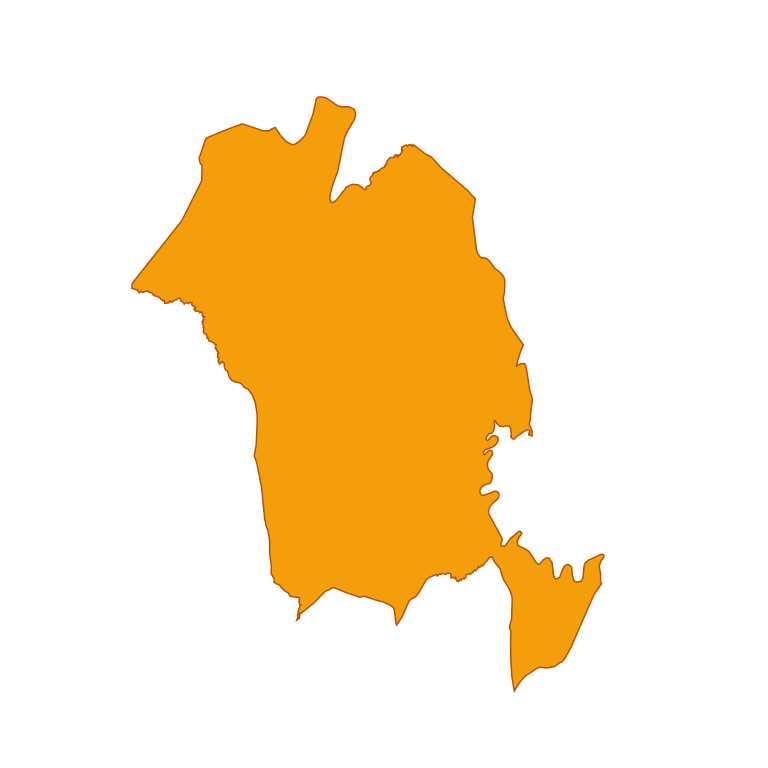 Rasi Salai, Si Sa Ket, Thailand, rotated 199°
{"feature_id": "78962969B91531031914262", "entity_name": "Rasi Salai", "entity_type": "district", "adm_level": 2, "iso_a3": "THA", "parent_name": "Thailand", "parent_adm1": "Si Sa Ket", "projection": "equal_earth", "projection_center": [104.176, 15.349], "detail": "fine", "context": "isolated", "style": "filled", "palette": "amber", "viewbox_px": 768, "rotation_deg": 199, "n_neighbors": 0, "source": "geoboundaries", "source_scale": "gbopen_adm2", "svg_char_len": 6171}
<svg xmlns="http://www.w3.org/2000/svg" viewBox="0 0 768 768"><g transform="rotate(199 384 384)"><path d="M303.5,521.3L305.3,523.9L307.1,525.3L311.0,527.4L316.8,529.4L325.3,535.1L328.9,536.3L332.5,535.0L333.9,535.1L338.5,538.4L340.1,540.7L354.6,570.2L357.8,588.5L358.7,589.3L363.9,591.7L367.1,593.9L400.0,606.9L412.9,613.9L421.3,615.4L433.7,619.8L434.8,617.8L435.4,618.2L435.8,619.3L436.5,618.5L437.2,618.8L438.2,617.8L438.5,618.1L439.3,616.6L440.0,617.2L441.4,616.9L444.2,613.8L443.4,610.8L442.7,611.4L442.3,611.1L443.6,605.6L444.6,605.6L444.8,603.9L445.5,603.0L446.0,603.3L445.9,604.8L447.6,604.5L448.4,602.8L448.1,601.5L451.4,600.4L452.5,599.1L453.6,596.0L453.7,593.4L453.3,592.2L454.4,590.8L453.9,590.1L454.1,589.1L456.3,587.4L457.9,584.6L458.0,583.5L459.1,583.7L460.2,581.5L461.6,581.6L462.0,580.1L462.9,580.1L462.8,577.8L464.0,575.3L464.1,573.4L463.6,572.0L461.7,570.4L461.5,569.2L462.2,567.4L464.9,564.8L464.6,562.0L465.5,561.5L472.7,563.9L478.2,562.8L479.8,561.8L484.2,557.3L484.2,555.2L485.5,552.7L487.7,545.3L489.9,540.7L491.8,538.8L493.6,538.6L495.8,541.9L496.7,546.8L497.3,555.4L497.0,569.9L501.4,602.6L501.0,610.7L498.0,625.2L498.6,629.8L500.7,633.0L502.3,634.2L507.8,634.6L514.6,632.3L518.7,632.0L531.4,635.6L536.6,635.1L539.9,633.7L540.8,631.6L539.0,616.0L539.5,593.3L542.9,586.2L546.4,581.6L549.4,580.3L555.1,581.3L562.0,584.8L570.4,591.1L573.5,588.3L574.8,586.3L580.5,584.0L602.7,583.8L616.2,572.8L631.1,559.6L632.4,557.6L632.3,537.5L630.4,533.8L626.9,530.8L622.5,516.7L628.3,472.7L654.3,398.7L654.7,396.3L653.5,392.4L647.5,392.5L645.3,390.6L644.7,390.8L644.0,392.6L642.2,391.9L639.1,394.4L637.2,395.0L636.5,394.2L632.9,394.4L631.2,393.0L630.1,393.2L629.3,392.6L627.0,393.1L624.9,392.7L620.5,390.7L618.9,391.4L617.7,388.8L613.7,390.8L613.9,392.8L610.8,392.3L609.4,395.0L607.4,396.2L606.8,397.7L605.3,398.7L603.5,397.6L603.1,396.3L601.5,396.3L598.8,394.4L598.3,395.6L596.7,397.0L594.7,396.3L594.4,397.7L592.0,398.3L591.7,396.3L589.9,395.6L589.1,396.1L588.4,395.1L587.1,395.1L587.0,393.8L587.9,393.6L588.0,392.9L586.0,391.5L582.9,392.5L581.4,391.4L580.1,392.8L578.2,391.0L578.2,390.0L577.6,389.8L577.4,388.6L575.6,389.1L576.1,387.1L575.6,386.3L576.1,385.5L575.5,384.9L576.3,383.7L575.0,382.8L575.3,381.9L574.1,380.9L573.4,379.7L573.5,378.8L572.5,378.2L572.5,376.6L571.3,373.6L568.3,373.2L566.0,369.7L565.2,370.0L563.1,367.4L561.7,368.0L558.3,367.4L557.6,366.5L555.6,366.8L555.3,363.1L554.3,362.3L553.8,362.8L552.7,360.9L550.3,359.6L551.2,358.5L550.0,356.1L550.0,354.9L548.5,354.8L548.7,352.5L547.7,350.9L546.4,350.2L546.1,349.3L544.2,352.4L543.5,351.9L542.7,352.2L541.7,351.1L540.3,347.7L538.1,345.5L536.4,345.4L532.8,340.6L530.4,338.5L526.6,337.4L520.7,338.1L519.0,337.8L514.6,335.1L511.1,335.0L505.0,330.9L499.6,324.3L494.4,314.7L491.5,306.8L485.0,284.7L483.3,273.7L479.6,269.3L476.2,263.9L465.6,245.4L452.7,217.2L449.2,211.4L445.8,207.3L440.7,197.7L437.2,187.3L431.2,175.1L429.0,168.0L424.8,164.3L423.9,163.1L423.5,160.6L416.6,159.5L414.4,157.8L410.6,156.2L406.5,155.2L403.5,152.7L394.4,154.4L393.4,151.3L393.5,149.9L392.8,149.7L392.1,148.3L390.8,148.2L391.3,146.9L391.1,140.7L389.3,139.8L389.5,138.8L390.6,138.7L390.2,136.7L389.5,136.1L389.6,132.4L387.7,135.0L388.5,139.0L378.8,154.4L372.2,168.4L365.4,175.3L351.5,174.4L337.2,174.6L333.8,176.9L318.3,177.1L313.5,177.8L305.1,176.6L302.2,175.4L300.6,173.5L294.5,161.1L293.6,160.2L291.2,168.8L289.6,187.1L287.7,190.3L285.1,192.6L282.9,198.9L280.4,212.5L278.2,215.9L272.6,220.9L272.1,221.0L271.3,219.8L269.2,222.7L267.9,222.8L266.8,223.9L263.7,224.1L262.5,225.7L260.2,226.6L258.8,225.8L257.4,222.4L255.7,223.8L254.9,223.4L254.0,224.5L253.0,224.0L253.1,222.9L252.0,223.0L250.6,221.3L249.8,222.0L249.1,221.5L248.3,223.9L247.1,223.5L247.0,225.2L245.6,226.0L244.9,225.6L244.4,227.2L243.5,227.4L244.4,230.4L242.2,231.7L241.8,232.6L240.3,232.3L239.8,233.7L238.7,234.4L238.0,237.4L236.6,237.1L235.4,240.0L235.5,240.7L234.9,241.1L235.1,242.2L233.8,242.0L233.2,242.4L232.5,244.6L231.5,244.3L230.7,245.7L230.5,247.7L229.0,250.1L228.0,254.3L225.4,255.9L221.4,251.5L214.2,247.2L207.7,238.3L199.0,231.1L195.1,226.6L193.0,223.1L186.9,203.5L186.3,195.5L185.0,193.1L183.3,191.3L181.1,183.5L174.3,164.5L167.9,149.1L160.9,136.2L159.0,144.5L157.1,150.0L154.9,154.5L146.8,165.0L144.4,167.1L137.7,168.4L131.4,172.0L130.0,173.3L127.2,177.6L125.3,179.3L124.0,182.1L121.5,195.2L116.9,253.3L113.3,265.9L115.1,268.0L117.3,274.9L120.8,280.9L121.3,282.9L121.2,287.0L119.9,291.5L120.1,293.3L121.1,294.1L123.2,293.7L133.2,284.1L135.5,280.6L135.6,277.3L132.8,265.6L133.2,262.7L134.0,261.2L137.6,259.4L139.5,259.5L141.0,260.6L143.6,264.4L147.0,272.0L150.6,273.4L152.6,272.5L154.1,270.6L154.8,266.6L155.0,258.4L157.4,255.8L159.1,255.7L161.3,258.1L166.7,269.4L170.5,272.7L171.7,273.2L174.3,272.0L176.1,269.7L178.3,264.2L179.5,263.7L181.2,264.3L192.2,272.6L194.6,273.6L204.5,275.0L205.7,276.1L206.7,279.0L206.5,282.6L205.0,287.6L206.8,289.0L208.5,288.4L214.1,279.3L216.7,270.4L219.0,269.1L221.0,269.4L221.5,270.6L221.5,274.9L222.2,276.6L242.5,295.1L243.6,296.9L244.1,299.9L243.6,303.3L242.3,306.7L238.9,312.6L238.8,315.8L239.9,318.0L242.0,319.1L244.2,318.8L253.7,311.0L255.5,310.7L257.1,311.6L258.4,313.6L258.7,315.1L258.3,318.3L255.9,321.5L251.6,324.4L251.0,326.3L251.0,330.0L251.8,332.8L252.7,334.3L257.6,337.2L259.9,341.0L260.4,343.2L260.3,345.9L258.4,352.8L259.2,354.9L260.3,355.9L262.6,355.8L264.1,354.0L265.8,349.9L266.8,350.0L267.6,351.2L267.6,352.8L266.8,354.9L260.6,360.0L259.1,362.1L258.0,364.7L257.8,367.2L258.3,369.4L259.3,370.8L262.7,371.4L265.3,369.5L267.2,364.8L268.3,364.3L269.5,365.0L269.8,367.1L269.2,369.8L268.5,371.0L265.9,372.8L265.1,375.9L265.8,380.1L267.7,385.4L266.7,385.4L264.4,383.3L260.8,381.8L257.9,382.3L253.9,384.7L251.5,384.7L249.6,382.7L248.2,380.2L247.2,377.8L247.0,375.4L244.6,373.9L242.7,374.6L241.7,377.4L234.1,387.4L232.1,387.7L230.6,387.1L231.0,383.9L230.4,382.9L227.0,383.2L228.8,388.0L233.6,393.4L234.0,397.5L236.4,406.4L238.1,416.0L240.5,420.8L244.0,425.2L253.6,443.5L256.3,447.8L258.0,449.1L261.1,447.7L264.4,444.3L265.1,448.1L265.3,453.3L265.5,459.7L264.9,466.3L280.1,477.4L283.9,480.6L289.6,487.2L299.2,503.7L299.9,510.1L303.5,521.3Z" fill="#f59e0b" stroke="#b45309" stroke-width="1.5"/></g></svg>